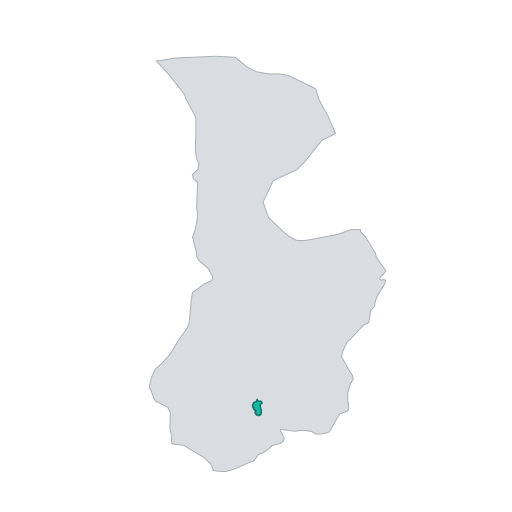 Dricānu pag., Rezeknes, Latvia (highlighted), rotated 81°
{"feature_id": "27541924B14059531944666", "entity_name": "Dricānu pag.", "entity_type": "district", "adm_level": 2, "iso_a3": "LVA", "parent_name": "Latvia", "parent_adm1": "Rezeknes", "projection": "orthographic", "projection_center": [27.228, 56.664], "detail": "fine", "context": "in_parent", "style": "filled", "palette": "teal", "viewbox_px": 512, "rotation_deg": 81, "n_neighbors": 0, "source": "geoboundaries", "source_scale": "gbopen_adm2", "svg_char_len": 4060}
<svg xmlns="http://www.w3.org/2000/svg" viewBox="0 0 512 512"><g transform="rotate(81 256 256)"><path d="M370.3,381.9L367.3,381.4L359.0,378.0L352.0,373.1L347.9,366.6L340.7,357.6L336.0,353.0L328.7,347.2L316.5,335.4L312.0,332.6L290.1,327.0L282.3,324.5L275.4,311.2L273.3,303.5L269.7,302.0L265.8,303.5L261.4,304.9L251.2,313.4L248.0,314.5L241.9,314.4L227.5,315.7L221.1,312.2L210.0,308.1L203.9,307.2L198.4,307.0L174.5,302.2L169.9,305.7L165.4,306.1L161.5,300.0L156.3,298.0L150.2,299.6L139.5,299.1L126.9,296.4L110.8,293.8L108.3,294.2L89.7,300.6L85.2,301.4L64.5,312.9L47.9,323.8L47.9,304.0L52.4,264.8L56.4,245.6L68.0,235.2L74.0,226.8L78.1,215.2L79.9,204.4L82.8,195.6L100.1,171.0L112.2,169.1L128.8,163.1L147.2,158.4L150.2,166.3L151.6,172.2L172.0,194.8L177.1,202.2L184.2,227.1L203.9,240.6L220.2,237.5L227.5,231.9L240.8,221.4L246.9,213.5L248.4,205.7L247.5,172.2L244.7,157.6L246.3,148.6L248.5,149.1L254.0,145.0L271.9,137.6L275.4,137.4L279.4,135.8L290.7,130.1L294.1,133.4L297.0,137.2L298.6,137.3L299.4,136.0L299.3,133.6L300.1,131.9L303.3,132.9L315.8,143.4L320.7,145.8L324.0,146.6L328.0,151.4L338.9,154.8L340.2,157.2L340.9,160.3L351.0,173.3L355.6,179.8L364.7,185.8L368.6,187.3L384.8,181.4L389.3,179.3L393.0,179.3L396.7,182.5L405.3,186.7L413.2,188.0L414.6,187.8L421.2,188.2L423.5,189.8L425.1,198.0L432.7,204.4L439.7,209.7L441.5,212.1L442.1,216.9L441.7,222.5L440.9,225.4L437.9,228.7L435.4,237.1L435.1,245.1L431.1,259.0L432.1,259.2L440.6,256.7L443.1,258.1L445.0,261.1L445.7,269.8L448.5,273.7L451.5,279.7L452.5,284.5L458.0,290.1L458.5,293.7L462.1,306.6L463.5,314.0L464.1,319.8L462.6,327.1L461.2,332.1L459.4,331.8L454.4,333.2L446.6,339.2L434.9,353.4L431.9,356.5L428.8,367.3L428.1,368.4L421.2,367.9L419.3,367.6L412.4,367.9L397.3,365.1L391.5,366.9L383.8,377.7L380.8,379.3L371.8,380.7L370.3,381.9Z" fill="#d9dde1" stroke="#a8b0b8" stroke-width="1"/><path d="M411.5,275.2L411.3,275.3L411.2,275.4L410.9,275.6L410.7,275.5L410.7,275.4L410.4,275.4L410.2,275.4L410.0,275.1L409.9,274.9L409.6,274.8L409.4,274.9L409.1,275.0L408.3,275.0L408.1,275.0L407.6,275.1L407.4,275.1L407.1,275.1L406.8,275.2L406.7,275.3L406.4,275.5L406.0,275.4L405.8,275.4L405.6,275.3L405.4,275.2L405.2,275.2L404.9,275.2L404.9,275.4L404.7,275.5L404.4,275.2L404.2,275.3L404.0,275.5L403.7,275.1L403.5,274.8L403.2,274.5L403.0,274.4L402.8,274.3L402.9,274.2L402.7,273.8L402.7,273.7L402.4,273.2L401.9,273.2L401.4,273.2L400.9,273.3L400.8,273.5L400.7,273.5L400.5,273.8L400.3,274.1L400.2,274.2L400.1,274.3L400.0,274.7L400.0,275.4L400.0,275.5L400.0,275.9L399.8,276.1L399.7,276.3L399.4,276.7L399.2,276.8L398.9,276.9L398.8,277.0L398.6,277.0L398.3,277.2L398.3,277.3L398.0,277.4L398.3,277.7L398.6,277.8L398.8,278.0L399.1,278.1L399.3,278.2L399.7,278.3L400.1,278.3L400.2,278.5L400.2,278.8L400.2,279.2L400.2,279.5L400.2,280.1L400.2,280.6L400.5,280.7L400.7,281.0L400.7,281.4L400.9,281.4L401.1,281.5L401.3,281.5L401.8,281.9L401.8,282.0L402.0,282.1L402.2,282.3L402.3,282.4L402.4,282.5L402.7,282.7L402.9,282.6L403.0,282.6L403.3,282.7L403.4,282.8L403.8,282.9L404.0,282.8L404.3,282.7L404.6,282.5L404.7,282.3L404.8,282.3L404.9,282.2L405.0,282.0L405.0,281.9L405.3,281.9L405.5,282.0L405.8,282.2L405.8,282.3L405.9,282.2L406.0,282.2L406.3,282.0L406.5,282.0L406.9,282.1L407.0,282.0L407.3,282.0L407.3,281.9L407.4,281.7L407.5,281.5L407.7,281.4L407.9,281.1L408.0,281.0L408.5,280.7L408.4,280.6L408.7,280.4L408.9,280.3L409.0,280.2L409.4,280.2L409.4,280.3L409.5,280.3L409.5,280.6L409.4,280.9L409.3,281.1L410.0,281.2L410.3,281.3L410.7,281.3L410.9,281.3L411.3,281.3L411.5,281.3L411.7,281.1L411.7,280.8L411.7,280.6L411.8,280.6L412.0,280.6L412.5,280.6L412.5,280.4L412.4,280.4L412.5,280.3L412.9,280.1L413.0,280.1L413.3,280.0L413.3,279.9L413.4,279.7L413.4,279.4L413.3,279.2L413.2,279.0L413.2,278.7L413.3,278.4L413.5,278.3L413.5,278.2L413.8,278.1L413.7,278.0L413.8,277.9L413.8,277.7L413.7,277.6L413.7,277.4L413.4,277.2L413.4,276.9L413.5,276.9L413.6,276.7L413.6,276.4L413.4,276.3L413.4,276.2L413.2,276.1L413.0,275.9L412.8,275.9L412.5,275.8L412.2,275.6L411.9,275.5L411.8,275.3L411.7,275.2L411.5,275.2Z" fill="#14b8a6" stroke="#0f766e" stroke-width="1.5"/></g></svg>